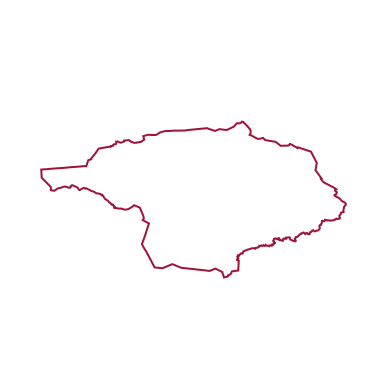 the district of Kalncempju pag., Aluksne, Latvia, rotated 21°
{"feature_id": "27541924B44633250029767", "entity_name": "Kalncempju pag.", "entity_type": "district", "adm_level": 2, "iso_a3": "LVA", "parent_name": "Latvia", "parent_adm1": "Aluksne", "projection": "robinson", "projection_center": [26.892, 57.332], "detail": "fine", "context": "isolated", "style": "outline", "palette": "rose", "viewbox_px": 384, "rotation_deg": 21, "n_neighbors": 0, "source": "geoboundaries", "source_scale": "gbopen_adm2", "svg_char_len": 5975}
<svg xmlns="http://www.w3.org/2000/svg" viewBox="0 0 384 384"><g transform="rotate(21 192 192)"><path d="M184.1,275.8L191.7,273.8L199.5,266.4L209.0,266.6L236.9,259.3L239.3,256.9L241.4,255.1L249.1,255.9L249.3,256.6L250.5,257.8L252.5,260.3L255.7,258.0L255.6,256.9L256.0,256.8L257.5,254.7L257.7,251.8L263.3,248.7L260.3,239.5L258.7,239.4L258.2,238.8L258.4,238.3L259.1,238.1L259.2,237.6L258.9,237.3L258.8,236.9L258.4,236.5L257.5,236.3L257.5,236.0L258.4,235.8L258.6,235.1L257.9,234.8L257.7,234.5L257.8,234.2L258.5,233.9L258.9,233.6L259.5,232.6L259.6,232.1L259.6,231.9L260.4,231.6L261.0,231.5L261.4,231.2L261.2,230.2L261.2,229.0L261.3,228.9L264.5,225.9L266.0,224.9L267.2,223.9L267.4,223.6L267.7,223.3L269.4,222.5L271.0,222.4L270.9,221.9L271.0,221.6L271.4,221.4L272.1,221.2L272.4,221.0L272.8,220.8L272.9,220.2L273.6,219.9L274.2,219.3L274.3,218.8L274.1,218.1L275.0,217.9L275.3,217.5L275.7,217.1L276.6,217.3L277.1,217.2L277.6,216.5L277.7,216.0L277.9,215.9L278.7,216.2L279.3,216.2L280.1,215.6L280.0,215.2L280.6,215.4L281.2,215.3L282.3,214.8L282.5,215.0L283.6,214.9L283.5,214.3L283.7,214.1L284.1,213.9L285.0,213.8L286.0,213.3L285.9,213.0L285.5,212.5L285.8,212.4L286.4,212.5L286.7,212.1L286.9,211.7L286.6,211.3L286.6,211.0L286.9,210.8L287.4,210.4L287.7,210.0L287.6,209.5L287.2,209.3L285.9,209.2L285.4,208.7L285.3,208.3L285.7,207.6L285.6,207.3L285.3,206.8L285.3,206.5L286.4,205.8L286.3,205.6L287.4,205.3L288.1,205.5L288.7,205.5L289.0,205.3L288.9,205.0L289.1,204.3L289.6,204.2L289.9,203.9L290.0,203.9L290.1,204.1L290.2,204.6L290.6,204.9L290.7,205.5L290.8,205.6L291.8,205.0L292.2,205.1L292.5,205.3L293.1,205.1L293.6,205.2L294.0,205.1L294.5,204.7L294.2,204.4L294.1,204.2L293.9,203.7L293.9,203.4L294.5,202.5L296.3,202.2L296.7,201.9L296.6,201.5L296.0,201.1L296.1,200.8L296.6,200.6L297.4,200.4L299.1,199.4L299.6,199.4L299.9,199.7L300.0,200.2L300.3,200.7L300.8,201.1L301.5,201.2L304.8,201.3L305.4,201.3L306.0,201.1L306.4,200.5L306.2,200.2L305.6,200.1L305.4,200.0L305.5,199.5L304.7,198.9L304.8,198.7L305.1,198.2L305.2,197.8L305.0,197.1L305.1,196.8L306.1,196.4L306.9,195.3L307.8,192.9L309.0,192.1L308.8,191.5L309.9,190.7L310.5,190.1L310.5,189.9L310.9,189.8L311.6,190.0L312.3,190.6L312.9,190.6L313.3,190.1L313.4,189.6L313.5,189.4L313.8,189.1L314.2,189.0L314.7,189.1L315.4,189.7L316.0,189.7L316.7,189.4L317.0,189.1L316.8,188.5L316.7,187.3L317.4,186.6L317.9,186.3L318.0,185.7L317.9,185.3L318.0,184.9L318.6,184.4L318.9,184.3L320.3,184.8L320.7,184.8L321.1,184.6L322.1,183.5L323.2,182.9L323.9,181.8L324.3,181.1L324.2,179.7L323.4,178.7L323.0,177.6L323.3,177.1L324.2,176.5L324.3,176.0L324.0,175.6L324.1,175.0L324.3,174.4L323.8,173.0L323.8,172.4L324.0,172.2L325.8,172.0L326.2,171.5L326.1,170.2L326.3,170.1L327.6,170.0L328.1,170.2L328.7,170.1L329.1,169.7L329.6,169.7L330.0,169.6L330.5,169.2L331.7,169.1L331.9,168.8L332.4,168.7L334.2,167.7L334.4,167.3L335.2,166.9L335.3,166.3L335.6,166.1L335.9,165.9L336.1,165.3L336.3,165.2L336.7,165.2L337.4,165.2L338.0,164.7L339.3,164.0L339.5,163.6L339.3,163.0L338.3,161.9L338.1,161.6L338.2,160.7L338.7,159.8L338.7,159.1L338.6,158.5L338.5,158.0L338.7,157.7L339.6,157.1L340.7,156.6L340.8,156.3L340.8,156.2L340.3,155.8L339.9,155.2L339.7,153.8L339.7,153.3L339.5,152.3L339.3,151.8L339.4,151.2L339.6,150.6L339.7,150.1L340.0,149.1L340.1,148.7L340.0,148.2L339.8,147.8L338.5,147.2L337.8,147.0L336.1,146.9L335.3,146.7L331.9,145.1L331.0,144.9L328.8,144.8L326.6,144.3L326.1,144.1L326.0,143.9L326.3,143.4L327.3,142.6L327.4,142.2L327.3,141.2L327.4,140.4L327.2,140.1L325.7,139.8L325.3,139.6L324.9,139.3L324.8,138.6L324.9,138.3L325.6,137.7L322.4,137.0L311.5,135.8L309.5,134.8L307.7,133.6L308.2,133.1L304.2,130.4L299.5,127.5L299.0,124.8L298.0,120.0L292.3,115.0L288.7,111.7L274.9,112.3L274.8,113.2L268.4,112.1L266.1,112.1L265.6,114.0L258.2,117.1L252.1,115.2L241.8,117.3L239.1,116.1L235.2,118.6L234.3,118.8L230.8,118.5L227.9,118.0L225.3,118.0L225.3,117.7L225.6,116.6L225.3,114.9L224.7,113.6L224.0,113.1L223.5,112.5L223.1,112.3L222.9,112.3L222.4,111.9L218.0,109.7L214.5,108.2L213.4,108.4L212.9,109.8L211.8,110.8L210.7,111.4L209.2,111.7L207.7,115.9L202.2,121.7L195.1,123.5L191.6,126.7L184.6,127.1L183.6,126.9L179.2,129.0L165.0,136.1L163.8,137.0L153.6,141.0L148.8,143.2L145.9,144.4L144.6,145.1L142.3,146.7L140.6,148.1L138.8,150.7L137.7,151.8L132.6,153.7L131.5,153.9L130.6,154.2L126.5,157.3L128.6,160.3L126.7,163.0L126.7,163.3L122.7,165.6L122.7,165.8L121.8,166.1L120.9,166.7L120.6,166.8L118.8,166.9L117.8,166.8L117.3,167.0L117.2,166.8L116.0,166.6L115.9,166.5L115.2,166.4L114.2,166.3L113.7,166.3L113.3,166.8L112.2,167.4L110.1,168.4L110.4,169.3L108.3,171.2L107.8,171.5L107.2,171.6L104.5,171.5L103.1,172.1L103.9,174.2L103.2,175.0L102.0,175.5L101.5,176.1L101.8,177.0L99.9,178.1L100.1,178.5L99.9,178.8L99.8,178.7L97.0,180.3L89.2,185.0L88.5,188.4L87.9,190.8L85.6,197.8L85.8,197.9L83.8,199.4L84.0,205.7L81.2,206.9L77.0,209.0L70.5,212.0L64.5,215.0L57.0,218.5L43.2,225.1L45.5,230.1L46.6,232.6L58.2,237.8L59.6,240.8L62.0,240.5L63.1,240.1L65.6,236.6L66.9,235.7L67.7,235.3L68.3,234.9L70.1,233.1L71.9,232.3L73.2,232.2L75.1,232.2L75.6,232.1L76.7,231.6L76.9,231.4L77.0,231.0L77.0,230.8L76.6,230.2L77.1,229.5L77.4,228.8L77.7,228.6L78.0,228.5L82.9,228.8L83.9,229.1L85.7,230.4L86.0,230.5L86.6,230.3L88.7,227.7L89.1,227.3L89.6,227.1L90.1,226.9L91.3,227.1L91.8,226.5L92.0,226.5L92.6,226.5L94.0,226.7L96.0,226.8L98.3,227.1L99.6,226.9L101.1,227.0L103.1,227.5L105.2,226.9L106.6,226.8L107.2,226.7L108.5,227.0L108.7,227.4L108.9,227.5L109.4,226.9L110.0,227.2L110.7,227.7L111.6,228.5L113.3,229.6L114.2,229.9L114.7,229.8L116.8,230.4L118.8,231.5L119.7,231.5L121.0,232.3L122.2,232.7L122.4,232.6L122.3,232.1L122.5,232.0L122.9,232.2L123.6,232.9L124.5,233.2L124.5,233.5L126.0,233.9L125.9,234.2L125.2,234.7L125.3,234.8L126.9,234.3L130.7,233.4L131.8,232.8L135.6,232.6L136.1,232.4L138.3,231.1L139.4,229.9L140.2,228.9L141.6,227.0L142.7,225.1L148.9,225.3L155.1,231.7L156.5,234.0L156.1,235.9L163.1,236.8L163.4,243.7L163.8,249.3L163.9,258.6L168.2,262.3L170.4,263.8L184.1,275.8Z" fill="none" stroke="#9f1239" stroke-width="2"/></g></svg>